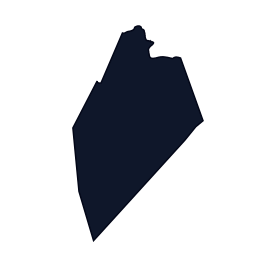 the district of Chassin/Babonneau, Dauphin, Saint Lucia, rotated 67°
{"feature_id": "8701671B17247677679787", "entity_name": "Chassin/Babonneau", "entity_type": "district", "adm_level": 2, "iso_a3": "LCA", "parent_name": "Saint Lucia", "parent_adm1": "Dauphin", "projection": "natural_earth1", "projection_center": [-60.929, 13.991], "detail": "fine", "context": "isolated", "style": "filled", "palette": "ink", "viewbox_px": 256, "rotation_deg": 67, "n_neighbors": 0, "source": "geoboundaries", "source_scale": "gbopen_adm2", "svg_char_len": 3714}
<svg xmlns="http://www.w3.org/2000/svg" viewBox="0 0 256 256"><g transform="rotate(67 128 128)"><path d="M84.1,52.3L84.0,52.5L83.8,52.7L83.7,52.8L83.4,53.2L83.2,53.4L83.0,53.6L82.8,53.8L82.7,54.0L82.5,54.4L82.4,54.5L82.2,54.8L82.1,55.0L81.6,55.8L81.5,56.0L81.4,56.4L81.4,56.6L81.3,56.9L81.3,57.2L81.3,57.4L81.2,57.6L81.2,58.0L81.2,58.3L81.3,58.5L81.4,58.9L81.4,59.0L81.5,59.5L81.4,59.9L81.0,60.6L80.9,60.7L80.8,60.8L80.7,60.9L80.7,61.0L80.5,61.3L80.3,61.5L80.2,61.7L80.1,61.8L79.9,62.1L79.7,62.4L79.4,62.7L79.2,63.0L79.0,63.3L78.9,63.5L78.6,63.8L78.6,64.0L78.4,64.2L78.3,64.4L78.1,64.6L78.0,64.9L77.9,65.0L77.7,65.4L77.5,65.6L77.4,65.8L77.2,66.2L77.1,66.4L77.0,66.5L76.9,66.7L76.8,66.8L76.7,67.0L76.4,67.5L76.3,67.8L76.2,68.0L76.0,68.4L76.0,68.5L75.9,68.6L75.8,68.9L75.7,69.2L75.7,69.3L75.6,69.5L75.5,69.9L75.4,70.1L75.3,70.5L75.2,70.6L75.2,70.8L75.0,71.7L74.9,72.0L74.8,72.7L74.8,72.9L74.8,73.2L74.7,73.3L74.7,73.5L74.7,73.9L74.6,74.0L74.6,74.3L74.5,74.7L74.5,75.0L74.3,75.7L74.2,76.0L74.1,76.4L74.1,76.6L74.0,77.0L73.9,77.2L73.8,77.5L73.7,77.7L73.7,77.8L73.5,78.2L73.5,78.4L73.4,78.5L73.2,78.8L73.1,79.0L72.9,79.2L72.7,79.4L72.6,79.5L72.4,79.6L72.2,79.8L71.8,80.0L71.7,80.0L71.3,80.1L71.2,80.2L70.9,80.2L70.3,80.2L70.2,80.2L69.9,80.1L69.7,80.1L69.3,80.0L69.1,80.0L68.9,79.9L68.6,79.8L68.4,79.8L68.2,79.8L68.1,79.7L67.8,79.7L67.6,79.6L67.3,79.6L67.1,79.6L66.9,79.5L66.5,79.4L66.3,79.3L66.2,79.3L65.9,79.2L65.7,79.1L65.3,79.0L65.1,79.0L64.7,78.9L64.4,78.8L64.1,78.7L63.9,78.6L63.7,78.5L63.5,78.4L63.3,78.2L63.2,78.2L62.9,77.8L62.7,77.6L62.6,77.4L62.5,77.2L62.3,77.0L62.2,76.8L62.1,76.6L62.0,76.4L61.9,76.2L61.7,75.8L61.6,75.6L61.5,75.4L61.3,74.8L61.3,74.7L61.2,74.4L61.2,74.2L61.0,73.8L61.0,73.7L60.9,73.3L60.9,73.2L60.5,72.5L60.4,72.2L60.2,71.8L60.1,71.7L59.9,71.5L59.8,71.4L59.6,71.3L59.5,71.2L59.4,71.2L59.1,71.3L58.9,71.4L58.8,71.5L58.7,71.5L58.4,71.7L58.3,71.8L58.2,72.1L58.0,72.4L57.9,72.5L57.8,72.8L57.7,72.9L57.7,73.1L57.0,73.2L56.8,73.2L56.9,73.4L57.2,73.7L56.9,73.8L56.4,74.1L56.2,74.3L56.1,74.5L55.9,74.7L55.8,75.0L55.5,75.3L55.4,75.5L55.3,75.8L55.1,76.0L54.9,76.3L54.8,76.5L54.6,76.6L54.4,76.8L54.2,76.8L53.9,76.9L53.6,76.9L53.4,76.9L53.2,76.9L52.6,76.9L52.3,76.9L52.1,76.9L51.8,76.8L51.7,76.8L51.3,76.8L51.2,76.8L51.1,76.7L50.7,76.6L50.4,76.6L50.2,76.5L50.1,76.4L49.9,76.3L49.7,76.2L49.3,76.1L49.2,76.1L48.9,76.1L48.7,76.0L48.4,76.0L48.2,75.9L47.9,75.7L47.5,75.6L47.3,75.6L46.8,75.5L46.6,75.5L46.4,75.4L46.0,75.4L45.9,75.4L45.6,75.4L45.3,75.3L45.0,75.2L44.9,75.2L44.7,75.2L44.4,75.1L44.2,75.2L43.8,75.3L43.7,75.4L43.5,75.5L43.2,75.7L43.0,75.8L42.9,75.9L42.8,76.0L42.7,76.1L42.6,76.3L42.4,76.5L42.2,76.6L41.8,76.7L41.7,76.8L41.4,76.8L41.1,76.7L40.9,76.7L40.7,76.6L40.4,76.6L40.2,76.6L39.8,76.7L39.7,76.7L39.6,76.8L39.4,77.0L39.1,77.2L39.0,77.3L38.9,77.4L38.7,77.5L38.6,77.8L38.4,78.1L38.3,78.3L38.1,78.7L38.1,78.8L38.0,79.0L37.9,79.3L37.9,79.5L37.8,79.8L37.8,80.0L37.8,81.0L37.8,81.3L37.8,81.6L37.8,82.0L38.0,82.5L38.3,82.8L38.6,83.0L38.9,83.2L39.0,83.3L39.1,83.5L39.4,84.1L39.7,84.9L39.7,85.1L39.8,85.3L39.9,85.6L39.9,85.8L39.9,86.0L39.9,86.3L39.8,86.6L39.8,86.8L39.8,87.0L39.8,87.3L39.8,87.5L39.8,87.9L39.7,88.0L39.7,88.3L39.6,88.7L39.5,89.0L39.4,89.6L39.3,89.8L39.2,90.3L39.2,90.8L39.1,91.0L39.1,91.5L39.2,92.0L39.2,92.3L39.2,92.5L39.2,92.8L39.3,92.9L39.3,93.2L39.3,93.3L39.3,93.8L39.3,94.1L39.2,94.4L39.2,94.5L39.1,94.8L39.0,95.1L39.0,95.3L38.9,95.4L38.8,95.5L38.7,95.6L38.6,95.8L38.4,96.0L75.2,134.4L76.1,135.4L75.2,137.4L75.0,137.5L74.9,137.7L74.8,137.8L74.6,137.9L74.4,138.0L74.2,138.2L73.8,138.2L73.7,138.2L73.4,138.2L73.0,138.1L72.9,138.1L72.7,138.0L106.4,178.7L167.2,197.9L218.2,203.7L161.5,80.6L153.3,65.1L150.6,56.1L84.1,52.3Z" fill="#0f172a" stroke="#020617" stroke-width="1.5"/></g></svg>